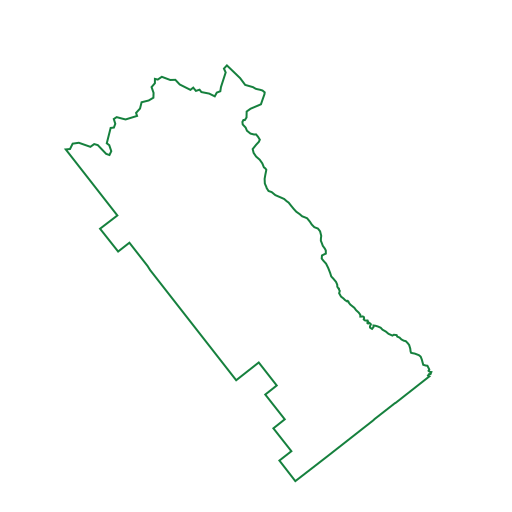 the district of Stevens, Washington, United States of America, rotated 142°
{"feature_id": "52423323B13893996833484", "entity_name": "Stevens", "entity_type": "district", "adm_level": 2, "iso_a3": "USA", "parent_name": "United States of America", "parent_adm1": "Washington", "projection": "mercator", "projection_center": [-118.088, 48.397], "detail": "fine", "context": "isolated", "style": "outline", "palette": "green", "viewbox_px": 512, "rotation_deg": 142, "n_neighbors": 0, "source": "geoboundaries", "source_scale": "gbopen_adm2", "svg_char_len": 2906}
<svg xmlns="http://www.w3.org/2000/svg" viewBox="0 0 512 512"><g transform="rotate(142 256 256)"><path d="M161.6,424.1L165.9,423.4L166.9,419.3L179.6,410.7L182.7,407.8L186.3,408.9L190.2,407.2L192.9,412.8L198.1,418.8L198.1,421.8L201.7,423.1L201.8,427.3L205.4,427.3L210.5,438.1L211.1,444.5L215.2,447.5L219.9,455.2L224.8,455.5L226.6,457.8L229.3,454.4L234.3,453.4L236.3,447.6L239.4,443.9L244.8,444.6L251.5,447.6L256.6,443.6L262.4,442.6L263.5,439.6L274.7,443.9L276.9,446.7L280.3,451.2L283.7,451.5L285.5,446.8L288.9,444.7L291.7,446.4L304.2,436.7L303.4,433.7L305.5,427.7L309.3,425.8L311.2,428.7L312.4,440.8L314.6,443.8L319.3,444.0L325.9,454.3L331.3,457.4L336.7,454.8L340.3,457.1L340.3,373.3L362.1,373.5L361.9,344.4L347.6,344.4L347.6,314.9L348.1,310.0L348.1,170.3L319.4,170.4L319.4,141.2L334.0,141.1L333.9,109.6L348.4,109.5L348.3,80.4L363.5,80.4L363.6,54.4L324.3,54.2L264.7,54.3L262.9,54.5L237.0,54.5L236.8,54.3L193.5,54.4L194.0,55.9L192.3,56.4L191.2,55.5L189.3,56.6L190.4,57.8L190.7,59.3L189.3,59.9L188.5,64.0L189.7,65.2L191.2,67.3L190.5,69.0L189.1,72.3L188.2,75.3L188.7,77.6L191.0,81.4L192.6,83.2L193.4,84.3L192.9,85.7L191.5,88.0L190.1,91.6L190.1,93.8L190.4,96.7L191.7,98.3L192.8,100.8L193.1,103.3L194.3,105.5L193.9,107.1L195.9,109.1L197.5,109.3L199.5,113.1L200.2,116.5L201.7,120.1L201.9,122.7L203.4,125.5L205.0,127.7L206.2,128.9L207.1,127.7L209.4,127.1L209.7,127.8L210.2,129.4L209.5,130.4L207.5,131.5L207.6,132.6L207.9,133.5L208.8,133.8L209.0,133.7L209.5,134.2L209.5,134.6L208.8,135.2L208.1,135.2L207.8,136.5L208.7,137.1L209.6,137.9L210.0,138.6L210.1,139.8L209.1,140.4L208.6,141.5L209.1,142.7L210.0,143.2L211.1,144.0L210.0,145.5L209.9,148.2L210.5,151.7L210.4,154.6L211.6,159.7L211.6,162.2L211.2,163.2L211.4,164.2L212.2,164.2L213.0,166.6L213.2,168.6L214.0,171.7L213.4,175.5L211.5,176.9L211.2,178.8L210.7,179.3L210.9,179.9L211.0,180.5L210.8,181.8L209.7,183.3L208.9,186.2L209.0,190.3L209.3,193.5L208.0,197.0L206.5,202.0L205.5,206.8L205.8,210.8L205.8,213.5L203.7,215.8L201.6,215.4L199.5,214.9L197.6,217.4L197.2,219.5L197.1,222.9L196.3,225.3L195.5,228.1L194.1,229.8L192.2,231.7L190.3,236.0L190.3,239.5L192.3,242.8L192.7,246.5L192.4,249.8L192.5,254.3L193.8,256.6L195.2,258.9L195.8,262.1L197.0,266.1L197.3,270.0L197.4,274.2L197.4,278.0L198.1,280.3L198.7,283.6L200.3,286.6L201.4,288.6L203.3,292.1L204.3,296.7L206.1,299.5L205.8,302.9L205.2,304.5L205.0,305.5L204.4,307.7L201.7,311.5L198.6,314.3L195.9,316.6L194.8,317.6L194.7,319.3L195.2,321.0L194.0,325.1L193.8,329.7L194.7,334.3L194.4,338.7L192.8,342.3L187.3,343.6L183.5,344.2L181.4,345.3L181.0,348.7L181.1,351.8L182.7,352.9L185.0,355.9L186.0,360.3L185.1,363.6L185.5,367.8L184.2,370.0L182.2,370.9L181.1,370.0L178.2,371.0L174.4,375.6L169.6,375.4L158.7,372.5L154.1,375.5L152.2,376.7L149.7,378.3L148.4,379.6L149.0,382.4L150.4,384.4L152.4,386.8L153.3,388.0L154.4,390.9L159.2,397.5L159.0,405.9L161.0,420.1L161.6,424.1Z" fill="none" stroke="#15803d" stroke-width="2"/></g></svg>